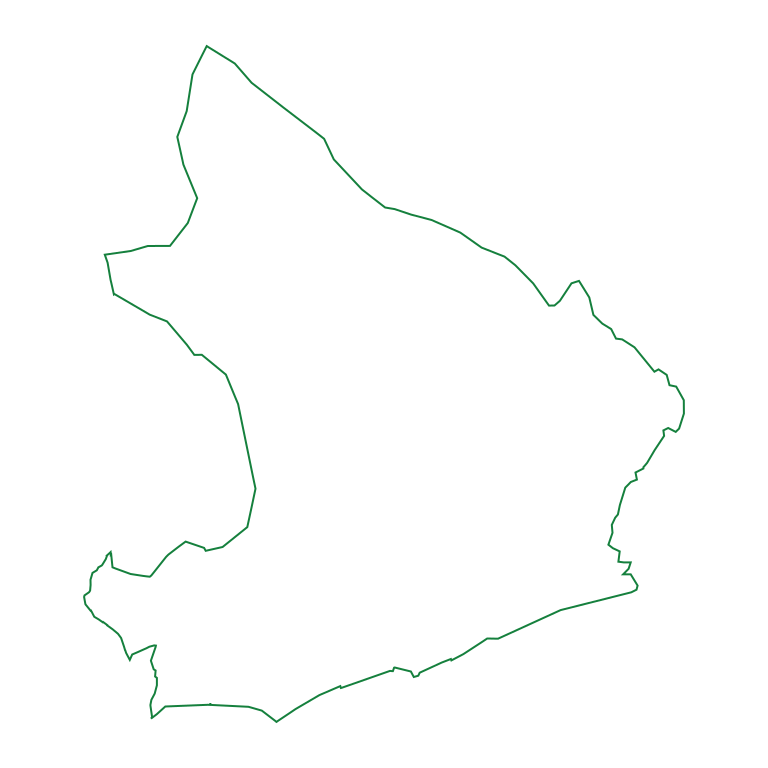 the district of Commonwealth 1, Montserrado, Liberia
{"feature_id": "62588387B86192689871255", "entity_name": "Commonwealth 1", "entity_type": "district", "adm_level": 2, "iso_a3": "LBR", "parent_name": "Liberia", "parent_adm1": "Montserrado", "projection": "natural_earth1", "projection_center": [-10.681, 6.392], "detail": "fine", "context": "isolated", "style": "outline", "palette": "green", "viewbox_px": 768, "rotation_deg": 0, "n_neighbors": 0, "source": "geoboundaries", "source_scale": "gbopen_adm2", "svg_char_len": 2786}
<svg xmlns="http://www.w3.org/2000/svg" viewBox="0 0 768 768"><path d="M206.7,46.1L201.9,55.6L192.5,74.4L186.7,111.1L177.3,136.9L182.5,160.4L183.4,164.6L197.2,198.2L195.4,202.9L187.8,223.0L170.0,245.9L147.8,246.0L130.7,251.0L104.8,254.7L107.6,262.7L110.6,280.0L111.3,282.9L113.9,294.4L114.4,294.0L148.3,313.8L149.6,314.6L167.0,321.4L186.9,344.8L193.3,353.5L194.3,354.9L201.8,354.8L225.9,374.6L234.8,396.2L238.1,404.1L252.9,476.3L255.5,488.7L251.6,507.2L247.3,527.1L222.6,547.0L205.7,550.8L204.1,547.9L185.6,541.6L178.8,546.6L177.1,547.9L168.4,554.6L166.1,556.9L153.8,572.4L151.3,575.5L149.8,576.7L146.9,576.4L143.0,575.9L130.6,574.0L115.2,568.4L112.5,567.3L111.2,554.5L110.8,554.8L110.8,554.3L110.6,552.1L110.0,552.7L106.7,555.7L106.9,556.0L105.8,559.1L102.3,564.8L101.7,565.5L98.3,567.4L98.1,567.9L96.8,570.3L96.0,570.8L92.5,572.9L91.0,578.1L90.5,579.7L90.6,585.0L90.1,590.6L89.1,592.2L85.8,594.5L84.5,595.4L84.3,596.2L84.1,597.0L85.2,603.1L85.4,604.0L85.5,604.4L90.7,610.8L91.0,610.6L92.2,612.7L92.4,613.2L94.3,616.8L98.7,619.4L102.8,622.3L103.1,622.0L107.3,625.1L107.2,625.4L112.5,629.2L118.0,633.8L121.1,638.0L124.1,646.9L125.1,650.3L125.3,650.4L126.1,652.9L129.8,659.9L132.2,654.5L138.0,652.0L144.7,649.0L146.3,648.3L149.4,646.7L153.9,645.5L154.1,645.4L155.9,645.6L155.6,647.0L150.9,660.7L153.7,669.3L155.6,670.5L155.1,676.5L156.9,677.9L156.9,685.3L154.7,693.6L151.4,699.8L150.4,705.0L150.5,706.1L152.1,717.2L151.0,718.6L156.8,714.2L165.3,706.5L167.8,706.4L207.8,704.8L210.2,704.9L210.3,703.1L210.5,704.9L248.5,706.8L261.8,710.6L275.4,721.0L276.4,721.9L289.9,712.9L295.5,709.1L319.4,695.1L340.3,686.1L340.9,688.0L341.7,687.8L390.0,670.9L391.9,671.1L392.9,671.1L394.1,667.7L394.7,667.5L410.9,671.5L413.1,675.7L413.8,677.0L418.3,675.7L419.7,672.7L441.6,662.6L450.9,659.0L451.4,660.4L463.4,654.1L481.5,642.3L487.2,638.5L498.0,638.7L500.2,637.7L560.6,610.1L563.4,609.4L631.3,592.3L636.5,589.7L637.6,585.6L630.7,574.3L623.2,574.3L628.6,568.8L630.7,562.4L623.8,562.4L618.4,561.7L619.7,551.4L612.9,548.2L608.4,544.7L612.5,532.8L611.8,524.9L615.2,517.7L617.9,514.5L619.9,505.0L625.3,487.6L628.6,484.3L630.8,482.0L636.9,479.6L635.5,472.5L643.4,468.5L643.4,467.2L645.0,465.4L647.1,462.9L654.6,450.2L664.1,435.9L663.4,430.4L668.2,428.0L675.7,431.9L679.1,428.6L683.9,413.6L683.8,400.2L676.2,386.6L669.5,385.2L666.7,374.9L658.5,369.4L654.4,371.7L634.5,347.3L622.2,339.4L616.0,338.6L611.2,329.1L602.3,323.6L593.4,314.9L589.3,297.5L585.1,290.7L579.0,280.9L571.5,283.3L559.9,300.8L554.5,305.5L549.0,305.6L533.2,283.4L515.4,265.3L504.5,256.6L497.8,254.0L481.6,247.6L460.3,232.6L431.6,220.0L411.1,214.6L394.7,209.1L385.1,207.5L371.7,197.1L361.9,189.4L333.8,159.4L329.2,149.6L324.1,138.8L317.2,133.4L283.1,107.3L251.6,82.8L234.8,63.5L206.7,46.1Z" fill="none" stroke="#15803d" stroke-width="2"/></svg>